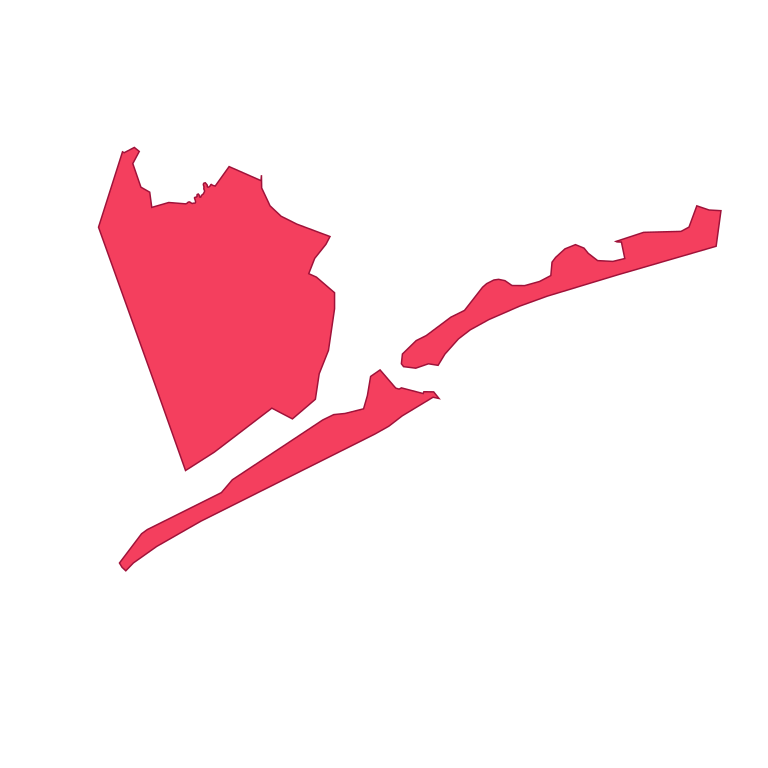 Galveston, Texas, United States of America, rotated 9°
{"feature_id": "52423323B5668037178714", "entity_name": "Galveston", "entity_type": "district", "adm_level": 2, "iso_a3": "USA", "parent_name": "United States of America", "parent_adm1": "Texas", "projection": "natural_earth1", "projection_center": [-94.91, 29.338], "detail": "fine", "context": "isolated", "style": "filled", "palette": "rose", "viewbox_px": 768, "rotation_deg": 9, "n_neighbors": 0, "source": "geoboundaries", "source_scale": "gbopen_adm2", "svg_char_len": 2111}
<svg xmlns="http://www.w3.org/2000/svg" viewBox="0 0 768 768"><g transform="rotate(9 384 384)"><path d="M89.4,195.6L77.5,273.8L106.5,326.7L158.0,420.5L201.5,500.5L227.2,477.7L277.0,425.4L299.0,432.8L315.2,413.8L318.6,409.8L318.4,384.0L323.9,359.5L323.4,317.4L320.9,301.6L300.5,289.0L292.4,286.8L295.9,270.8L304.8,255.1L307.6,246.8L272.8,239.7L256.1,234.4L243.5,225.8L241.4,222.6L232.5,209.5L230.3,196.9L230.7,202.4L197.0,193.5L186.3,214.9L184.8,214.7L184.1,214.7L182.1,213.9L181.7,214.3L181.4,215.4L180.5,216.5L179.7,217.1L179.2,217.1L178.6,216.8L178.4,215.4L177.9,214.8L176.0,213.2L174.7,213.8L174.3,214.9L174.6,215.9L175.4,217.5L175.4,218.7L175.6,219.7L176.5,221.1L176.6,222.1L175.8,224.5L174.7,225.7L174.2,226.3L173.8,228.0L173.2,228.3L172.7,228.1L172.2,226.9L171.7,226.1L170.8,225.4L169.9,226.0L169.7,226.6L170.0,227.8L169.6,228.6L168.1,229.2L167.7,229.7L167.9,230.4L168.7,231.8L169.3,233.2L169.4,234.3L169.1,234.8L168.4,235.1L167.5,235.2L166.4,235.7L165.4,235.5L164.4,234.9L163.3,234.6L162.4,234.9L161.8,235.4L161.1,236.4L159.9,237.1L143.0,238.4L127.0,245.9L122.6,231.2L113.1,227.6L101.4,205.6L105.9,192.6L100.4,189.4L91.2,196.2L89.4,195.6ZM590.8,206.9L591.9,207.2L596.3,206.7L602.2,222.4L590.9,227.1L575.7,228.7L565.3,223.0L560.3,218.5L551.3,216.4L541.6,222.2L533.7,232.1L530.9,237.4L531.8,250.8L521.6,258.4L507.6,264.8L495.0,266.7L487.3,263.0L480.8,262.7L476.2,264.1L469.7,268.8L466.2,273.0L452.0,298.7L439.6,307.5L418.1,329.6L409.0,336.1L397.5,351.5L398.0,361.3L400.6,363.8L412.9,363.4L424.7,357.1L434.5,357.1L439.5,344.9L450.5,327.8L460.7,317.0L477.6,303.9L505.6,286.0L531.3,271.8L598.2,239.4L690.5,196.0L689.7,160.1L677.9,161.3L665.1,159.1L660.7,181.3L653.5,186.8L616.7,193.6L590.8,206.9ZM168.0,569.8L150.7,602.2L154.0,606.1L158.2,608.9L164.5,599.9L184.9,580.0L224.5,548.2L382.9,434.8L395.4,424.9L407.0,412.6L434.5,389.4L440.6,389.7L434.3,384.0L424.6,385.4L424.2,387.3L401.8,385.1L399.7,386.7L396.2,386.2L377.9,370.7L369.6,378.6L369.4,398.0L367.7,411.7L350.1,419.2L339.1,422.1L329.1,429.1L249.2,502.3L240.4,516.7L173.0,564.8L168.0,569.8Z" fill="#f43f5e" stroke="#9f1239" stroke-width="1.5"/></g></svg>